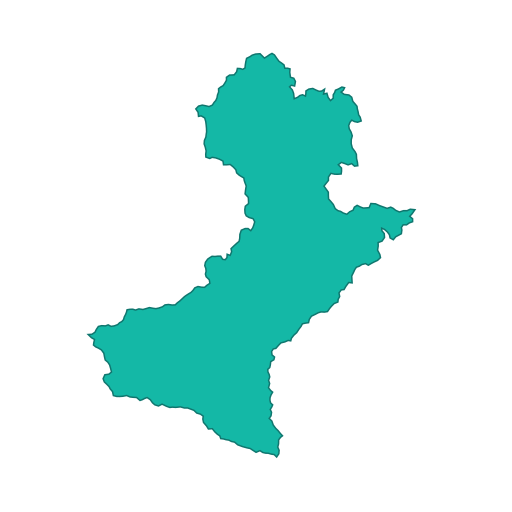 outline of Barbacena, Minas Gerais, Brazil, rotated 118°
{"feature_id": "56859067B90991980012339", "entity_name": "Barbacena", "entity_type": "district", "adm_level": 2, "iso_a3": "BRA", "parent_name": "Brazil", "parent_adm1": "Minas Gerais", "projection": "mercator", "projection_center": [-43.815, -21.253], "detail": "fine", "context": "isolated", "style": "filled", "palette": "teal", "viewbox_px": 512, "rotation_deg": 118, "n_neighbors": 0, "source": "geoboundaries", "source_scale": "gbopen_adm2", "svg_char_len": 5710}
<svg xmlns="http://www.w3.org/2000/svg" viewBox="0 0 512 512"><g transform="rotate(118 256 256)"><path d="M234.6,158.5L231.5,160.4L228.7,162.1L224.7,162.2L221.6,162.4L218.8,162.1L216.5,160.0L213.8,158.5L211.3,155.7L211.4,152.5L208.6,150.8L205.8,148.9L202.8,146.6L199.0,145.3L196.5,147.4L193.8,151.4L189.8,152.8L186.8,154.5L183.7,151.7L179.3,151.2L176.0,153.3L174.5,156.8L172.4,158.1L172.2,155.0L173.1,151.3L174.6,148.2L177.1,146.1L177.2,142.4L173.5,141.7L171.1,140.1L168.1,138.1L164.6,139.4L162.6,141.0L159.4,140.7L157.8,137.7L154.7,136.1L152.2,133.8L149.6,135.2L148.8,138.9L145.5,138.0L140.5,137.4L142.3,141.8L145.1,143.9L146.8,147.1L149.8,150.0L150.1,154.1L149.5,157.2L149.6,160.0L152.4,162.6L152.9,166.4L153.5,170.4L153.8,174.9L155.7,179.2L160.2,178.8L161.8,181.3L163.3,183.8L163.7,186.8L163.8,190.5L166.7,192.1L170.0,191.8L172.9,194.0L176.5,195.4L177.1,199.2L176.9,202.3L177.5,204.9L177.0,208.3L174.2,211.9L172.6,215.8L171.6,218.7L168.6,220.5L165.7,222.1L164.3,224.9L162.4,228.8L158.4,228.1L155.3,227.5L152.3,229.1L147.9,228.7L146.8,224.9L145.5,222.3L143.6,219.3L140.9,220.3L138.2,221.8L136.8,226.2L133.3,224.6L132.7,221.1L132.3,217.5L129.5,214.9L130.4,211.2L128.5,208.5L125.7,210.4L122.8,212.9L119.1,215.1L117.4,217.5L115.4,221.7L112.1,224.7L108.6,226.5L104.7,227.4L101.9,230.3L99.9,233.4L97.3,235.4L93.9,235.8L91.1,235.2L91.1,232.2L90.2,229.1L87.4,226.5L84.5,229.2L83.2,231.6L80.7,233.6L78.4,235.7L76.4,237.1L75.3,239.7L74.0,243.1L70.9,246.0L70.2,249.5L71.9,254.1L71.3,257.8L68.6,256.7L65.8,256.8L66.5,259.5L69.9,261.7L72.3,263.7L74.8,263.3L77.4,263.5L80.5,261.9L83.8,263.2L82.1,266.8L79.0,269.8L81.3,272.4L76.5,273.8L79.6,275.5L81.0,277.7L81.3,281.0L81.4,284.5L83.8,287.7L86.8,289.4L89.0,288.3L91.6,287.4L91.8,290.6L93.7,292.6L96.4,293.8L99.2,296.1L97.0,297.6L94.7,299.2L92.3,301.9L90.9,305.8L88.6,305.0L87.8,301.7L83.4,303.1L81.3,306.1L82.0,309.5L78.0,312.4L74.8,313.8L75.4,316.4L76.7,318.7L74.1,321.0L73.6,324.2L73.3,327.1L71.7,330.5L69.8,334.1L69.6,337.0L71.8,338.5L74.2,339.7L77.3,341.5L76.4,344.4L75.5,347.4L77.9,351.2L80.5,353.7L82.8,354.9L85.9,357.1L89.3,356.2L92.5,355.1L95.1,354.0L97.4,355.3L97.9,357.9L99.1,360.5L102.4,359.6L106.3,360.3L108.7,364.3L112.1,366.0L114.7,364.6L118.0,364.7L121.0,365.0L123.5,366.6L125.9,367.6L128.7,366.0L132.0,365.6L134.6,364.7L137.6,364.5L140.0,365.1L143.3,365.4L146.1,367.6L147.1,371.4L148.0,374.3L150.6,377.1L154.4,378.2L156.3,374.6L159.7,372.3L158.0,370.2L158.2,366.1L161.0,363.4L163.7,361.5L166.6,359.6L169.6,357.9L172.2,357.0L174.5,356.1L178.2,355.8L181.4,354.4L183.6,352.0L186.6,349.4L189.9,348.1L192.2,346.7L191.6,342.6L189.5,341.1L188.3,337.7L187.7,333.7L187.7,329.7L190.7,327.5L189.4,325.0L187.3,321.7L188.1,317.7L189.3,314.3L191.7,312.1L192.5,308.9L192.7,306.3L192.8,303.4L194.9,301.8L196.6,300.0L198.8,297.5L202.4,296.3L206.3,294.8L207.9,290.3L210.9,288.5L213.2,287.2L217.1,288.8L220.2,287.7L223.3,285.8L225.1,283.5L225.3,280.2L224.4,276.1L226.4,273.2L229.7,272.5L232.7,272.1L236.1,272.5L235.5,275.9L236.9,278.5L240.1,281.1L244.4,280.4L248.0,278.7L251.0,277.8L253.9,279.0L257.3,280.2L261.2,281.5L263.7,279.5L267.6,279.1L268.0,282.3L271.0,280.9L273.7,281.4L274.6,283.9L272.7,287.1L274.1,289.7L275.7,292.0L276.9,294.7L279.1,296.0L281.4,297.2L285.3,297.7L288.6,296.7L290.5,294.5L292.9,292.9L295.7,292.2L297.7,290.3L298.9,286.1L301.8,283.9L305.1,285.7L307.8,286.7L309.1,289.4L310.2,292.9L312.9,295.1L316.1,295.5L318.7,296.3L321.0,297.7L323.3,299.0L325.5,300.1L328.7,301.2L331.6,302.2L334.3,303.5L337.1,304.4L338.7,307.1L339.9,310.5L341.9,313.4L344.7,314.7L347.6,317.4L349.5,319.7L350.5,322.4L351.6,325.9L354.0,328.3L356.3,330.7L357.7,334.6L360.3,337.0L360.8,339.7L362.1,342.1L364.0,344.6L366.4,344.0L368.8,343.7L371.6,343.7L374.4,343.1L376.9,343.7L378.9,345.1L381.5,345.9L384.3,348.4L386.2,351.0L386.2,354.2L388.4,356.1L390.0,359.6L392.2,362.1L395.8,362.5L398.9,362.4L402.1,364.1L404.1,367.3L405.4,362.9L405.5,359.4L408.4,358.6L410.9,357.7L411.5,354.9L411.3,351.8L411.5,348.4L413.3,344.7L416.2,342.4L418.6,340.3L419.3,337.0L420.9,334.1L423.6,331.5L426.3,329.1L429.4,330.4L431.8,333.7L436.1,333.4L438.4,330.8L439.3,327.5L440.3,324.4L441.8,322.3L443.1,319.0L446.2,316.4L445.4,313.1L444.2,310.7L442.4,307.8L439.9,304.7L439.6,301.1L438.4,298.1L437.0,295.0L438.0,290.6L436.2,288.9L434.0,287.4L432.1,285.7L432.5,281.8L434.2,278.5L434.9,275.5L434.2,271.7L430.9,269.4L430.7,264.5L430.2,261.0L428.7,258.9L427.4,255.9L424.7,251.9L423.8,247.8L422.3,245.1L421.8,241.5L421.4,238.3L422.5,234.6L421.7,230.7L422.2,227.4L424.9,226.4L427.6,224.2L429.3,219.8L431.1,216.8L429.0,213.5L430.6,209.8L431.5,206.5L431.8,203.5L433.8,201.4L432.8,198.9L432.3,196.4L431.3,193.5L431.3,190.7L430.4,187.5L431.3,183.5L430.6,178.3L429.6,173.9L428.7,170.8L429.0,167.6L429.3,163.8L426.0,161.1L426.3,157.8L425.6,155.1L424.4,152.6L423.8,149.7L422.8,146.7L423.8,143.4L419.9,143.0L416.7,144.4L414.5,147.1L411.3,147.9L407.7,149.7L404.6,149.2L402.3,148.2L401.3,151.1L399.8,154.6L398.9,157.7L397.1,161.5L394.3,164.5L393.2,168.1L390.1,167.7L386.7,168.9L384.8,171.4L382.1,171.2L379.6,171.4L378.9,174.1L376.8,176.0L374.5,177.1L371.6,177.5L368.4,177.4L367.9,179.9L366.5,183.1L362.2,184.1L359.9,186.5L356.3,187.1L354.4,188.8L352.8,191.0L350.6,192.4L348.0,191.5L345.5,192.2L342.4,193.4L339.2,191.5L336.5,192.2L335.8,195.4L333.0,197.4L329.9,197.1L328.3,195.1L324.0,194.1L321.0,193.2L318.3,190.2L315.5,188.0L314.6,185.5L312.0,186.1L308.1,185.4L304.6,184.1L300.9,183.8L297.1,183.2L294.1,183.2L292.1,180.9L290.2,178.3L286.9,179.2L283.1,178.8L279.4,176.1L277.0,174.5L274.9,172.4L273.3,169.1L271.5,166.8L268.0,166.4L265.0,165.8L261.3,164.7L258.2,162.1L255.7,163.1L252.5,163.1L249.6,165.4L245.9,164.8L244.3,162.5L240.7,162.4L235.9,161.7L234.6,158.5Z" fill="#14b8a6" stroke="#0f766e" stroke-width="1.5"/></g></svg>